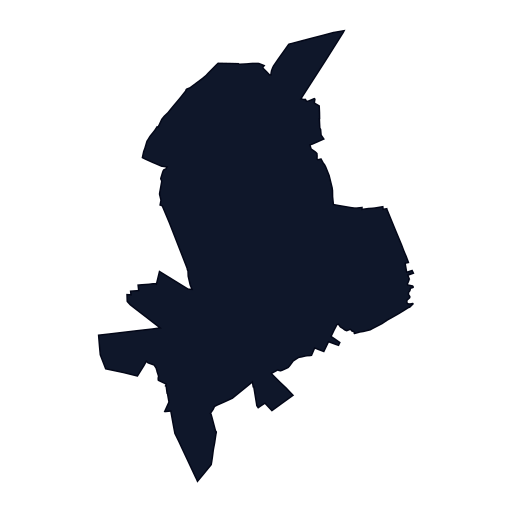 Chisineu-Cris, Arad, Romania (Equal Earth projection)
{"feature_id": "2599482B81986259472727", "entity_name": "Chisineu-Cris", "entity_type": "district", "adm_level": 2, "iso_a3": "ROU", "parent_name": "Romania", "parent_adm1": "Arad", "projection": "equal_earth", "projection_center": [21.526, 46.496], "detail": "fine", "context": "isolated", "style": "filled", "palette": "ink", "viewbox_px": 512, "rotation_deg": 0, "n_neighbors": 0, "source": "geoboundaries", "source_scale": "gbopen_adm2", "svg_char_len": 4556}
<svg xmlns="http://www.w3.org/2000/svg" viewBox="0 0 512 512"><path d="M208.6,467.8L209.7,466.5L211.2,464.6L211.7,461.7L212.3,457.7L212.8,453.9L213.2,450.6L213.7,447.7L214.6,443.0L215.6,436.3L215.9,434.3L216.3,432.3L216.2,431.7L215.5,430.9L212.0,417.6L211.0,414.1L210.6,413.7L210.3,413.4L211.6,411.6L213.1,409.4L214.0,407.5L214.4,406.6L215.0,406.2L217.3,405.0L223.7,402.2L228.5,400.0L232.4,398.2L233.5,397.3L241.0,391.2L244.7,388.2L252.4,381.9L252.7,383.7L253.2,386.7L253.7,386.6L254.2,389.3L255.5,397.4L256.5,403.5L256.8,405.6L258.2,407.7L260.9,405.8L263.8,403.9L265.0,403.2L271.9,410.6L282.2,403.1L291.5,396.4L292.7,395.5L293.0,395.3L288.6,390.7L286.2,388.1L279.9,382.2L272.1,374.4L271.4,373.4L277.8,369.9L278.7,370.4L280.5,370.8L282.0,370.3L284.0,369.4L286.0,368.5L288.1,367.5L289.7,365.7L292.7,361.6L293.0,361.1L296.0,359.1L298.3,357.6L299.1,357.3L301.5,356.9L305.2,356.0L307.1,355.7L309.8,355.6L311.5,355.3L314.6,348.0L323.8,351.5L328.5,341.7L335.8,344.4L338.5,345.3L339.8,342.5L331.0,336.4L331.1,336.2L332.4,333.6L334.2,329.8L335.7,327.0L336.8,324.7L338.4,324.1L340.4,326.9L343.3,328.7L343.7,329.1L344.9,330.0L346.7,330.7L348.7,329.9L350.2,329.3L350.7,329.7L351.2,330.0L351.9,331.0L353.3,331.5L353.9,331.8L354.4,332.3L354.3,333.4L354.4,333.5L358.5,332.4L359.7,332.0L363.2,331.5L370.2,329.8L372.3,328.6L382.0,323.6L387.2,320.1L398.9,313.5L405.7,309.3L408.0,307.8L409.8,307.1L413.0,303.9L412.7,303.5L410.0,304.0L407.8,303.8L407.0,302.9L406.8,301.5L407.0,300.2L409.7,297.7L409.8,296.5L408.5,294.6L408.5,293.3L408.6,292.3L409.8,290.8L410.1,289.9L410.3,288.7L410.7,288.2L412.3,287.7L413.1,287.4L413.1,286.7L412.6,286.0L410.4,285.5L407.8,285.0L407.3,284.0L408.1,282.3L408.9,280.4L408.7,279.5L409.3,279.1L407.8,275.2L413.4,273.2L412.1,270.5L408.8,271.6L407.9,271.9L406.6,272.1L405.2,263.6L405.3,263.2L405.6,263.1L408.4,262.5L408.2,261.8L406.1,256.2L405.2,254.2L403.7,250.6L401.6,245.0L395.5,230.4L389.6,216.0L386.7,208.9L386.7,208.7L383.1,209.3L382.8,206.7L375.0,208.0L372.2,208.3L368.6,208.5L361.9,209.4L362.0,207.5L356.5,208.1L354.7,208.1L350.9,207.6L337.9,205.4L333.7,204.6L333.4,204.6L332.6,196.8L332.5,190.6L332.1,187.7L329.1,175.5L325.7,167.0L324.3,164.3L323.5,163.6L321.0,159.0L318.2,159.7L317.4,159.4L316.9,158.6L317.0,157.9L317.1,156.0L316.9,153.5L315.4,152.0L311.1,149.0L309.9,144.9L312.5,144.0L323.8,139.0L321.1,135.1L320.6,129.4L319.8,128.1L319.4,119.7L319.2,118.9L319.6,118.7L319.5,112.7L319.2,105.9L314.4,103.1L314.4,102.2L314.7,100.4L314.9,99.5L314.7,98.9L314.3,98.6L310.3,100.3L308.4,101.1L307.3,101.3L306.4,101.2L305.4,99.4L304.7,99.4L304.3,99.5L303.9,99.6L302.9,99.3L301.9,99.1L300.8,98.9L325.0,61.3L343.1,32.6L343.3,32.2L344.1,30.7L334.3,32.4L333.9,32.4L322.7,35.4L311.8,38.2L288.9,44.2L288.6,44.5L278.5,58.7L273.5,66.0L272.6,67.9L271.5,70.8L271.1,73.1L270.9,74.9L269.3,74.9L269.2,74.7L268.8,74.1L268.2,73.5L266.9,72.1L263.4,68.6L263.0,68.2L262.9,67.9L262.8,67.7L263.0,67.1L263.3,66.7L264.2,65.6L259.4,63.7L258.8,63.5L258.0,63.4L254.3,63.4L252.9,63.4L249.9,63.6L247.0,63.9L240.8,64.2L239.5,64.3L239.2,64.2L238.9,64.0L238.4,63.7L230.0,63.5L218.1,63.3L216.6,64.7L208.2,73.2L206.1,75.5L201.8,79.0L190.0,87.8L186.7,89.1L186.2,89.6L185.7,91.0L179.5,98.8L174.1,105.2L171.1,108.8L168.0,112.7L164.3,116.2L161.8,119.3L159.3,124.7L158.0,127.2L157.1,126.8L154.7,130.5L150.3,136.0L149.5,137.2L148.2,139.4L147.0,141.2L144.9,148.3L143.7,151.5L142.4,157.6L145.2,159.0L152.7,162.4L154.9,163.3L161.6,166.2L167.0,166.9L166.6,167.6L165.9,169.0L164.0,169.7L163.4,170.4L162.7,172.1L160.8,178.4L160.8,178.9L161.6,180.6L161.7,181.7L160.2,190.1L159.6,193.3L159.6,194.5L160.1,196.4L161.0,200.2L160.1,205.0L161.3,205.4L162.3,205.9L166.3,215.4L169.5,223.0L182.9,257.3L187.1,268.1L187.4,269.7L188.0,270.9L188.2,276.2L190.2,284.9L192.1,289.4L188.2,289.2L159.5,271.5L156.4,284.3L155.6,284.1L155.4,283.7L152.5,283.8L148.9,284.3L141.4,284.8L138.1,285.1L138.7,290.6L130.6,291.2L131.0,294.8L127.0,294.6L127.2,300.8L127.3,301.5L130.3,304.8L136.6,309.7L160.2,327.9L152.4,329.0L138.1,330.6L109.3,334.0L98.6,335.2L99.5,346.2L99.9,350.5L100.3,354.8L105.7,368.8L123.8,372.6L137.4,376.0L143.9,365.6L146.3,361.2L148.0,362.8L154.1,365.0L156.1,368.0L156.8,370.3L157.1,370.9L157.0,371.3L157.6,373.1L158.6,376.2L158.4,377.1L158.2,378.0L158.2,378.9L158.2,379.4L158.4,380.3L166.3,384.1L166.1,384.6L165.5,385.9L166.2,386.3L167.1,393.3L167.5,393.5L168.7,400.5L169.0,402.0L164.7,411.5L165.0,411.6L170.8,411.0L173.3,424.9L174.9,433.4L178.8,441.3L181.2,446.5L195.4,476.8L196.4,478.8L197.5,481.3L197.9,480.8L203.8,473.7L208.6,467.8Z" fill="#0f172a" stroke="#020617" stroke-width="1.5"/></svg>